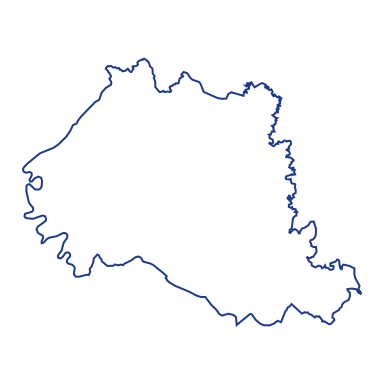 outline of Kham Khuean Kaeo, Yasothon, Thailand
{"feature_id": "78962969B10753248313683", "entity_name": "Kham Khuean Kaeo", "entity_type": "district", "adm_level": 2, "iso_a3": "THA", "parent_name": "Thailand", "parent_adm1": "Yasothon", "projection": "robinson", "projection_center": [104.4, 15.654], "detail": "fine", "context": "isolated", "style": "outline", "palette": "blue", "viewbox_px": 384, "rotation_deg": 0, "n_neighbors": 0, "source": "geoboundaries", "source_scale": "gbopen_adm2", "svg_char_len": 5901}
<svg xmlns="http://www.w3.org/2000/svg" viewBox="0 0 384 384"><path d="M269.9,90.2L267.9,88.9L268.0,87.9L268.6,87.7L268.3,86.8L267.4,86.5L266.4,87.7L266.0,85.8L265.3,86.4L265.6,84.8L262.5,83.1L260.5,83.7L254.6,87.3L251.2,82.2L250.4,82.7L250.2,84.9L249.1,84.4L248.8,83.4L247.2,83.2L247.0,85.5L245.3,85.5L246.6,86.6L249.0,85.4L249.0,88.7L245.7,89.8L245.6,90.7L246.7,91.8L246.8,92.7L245.8,92.5L244.9,91.0L244.0,91.8L243.5,95.8L231.4,92.3L228.3,94.0L226.3,98.6L221.9,98.8L217.5,98.0L203.7,91.9L200.4,83.5L199.1,82.0L192.4,79.7L190.7,78.2L187.0,73.1L183.7,72.0L181.4,74.5L181.6,75.3L182.7,75.6L183.0,76.5L179.9,78.3L178.3,83.4L175.8,83.3L175.3,84.3L173.6,84.5L171.8,86.2L170.4,86.3L169.6,87.3L170.5,90.0L171.1,90.3L170.9,91.6L169.7,92.1L167.7,91.5L164.6,92.1L163.4,90.8L161.7,91.8L159.5,92.0L155.3,87.0L155.3,81.7L153.7,77.7L154.7,76.3L152.7,73.5L152.5,68.7L150.1,66.4L148.5,61.9L144.5,58.7L143.8,58.6L142.5,59.9L141.8,59.5L138.3,61.4L137.4,62.5L138.0,64.6L136.2,66.1L132.7,66.3L132.6,67.6L133.6,68.5L131.3,72.1L129.8,71.4L127.8,68.7L125.5,70.7L122.4,71.3L121.3,70.0L119.5,69.5L119.5,68.6L118.8,68.0L117.2,68.4L115.3,67.2L113.4,67.6L111.0,65.9L108.8,66.4L107.9,66.0L106.3,67.4L105.8,68.9L107.9,70.7L108.2,72.0L109.2,72.7L111.0,76.0L110.9,76.9L109.4,78.6L111.2,82.0L111.3,83.4L110.7,85.0L105.9,87.8L101.7,92.6L99.2,99.8L95.3,101.9L80.9,116.7L77.8,120.9L76.8,123.4L72.9,125.2L70.1,131.1L66.1,136.9L58.2,144.6L53.5,147.8L40.0,153.3L28.2,162.9L24.3,166.8L23.0,168.9L23.4,171.2L24.7,172.3L26.2,172.7L29.9,172.0L31.6,173.1L31.8,175.2L29.4,180.0L30.1,181.6L31.8,181.5L34.8,178.2L38.4,176.6L41.0,177.7L42.1,180.7L41.6,186.7L40.1,188.8L38.6,189.6L35.1,189.4L29.5,184.2L27.7,184.5L26.6,185.7L26.3,190.9L28.6,201.3L29.5,203.4L33.0,207.8L33.3,209.4L32.8,210.9L31.6,211.9L25.0,213.8L24.5,216.2L25.2,217.4L26.6,218.2L33.3,218.8L42.5,215.5L45.0,216.2L46.0,218.6L45.8,220.9L37.9,226.5L36.5,229.4L38.0,232.9L42.8,235.8L43.2,237.7L41.6,241.4L41.7,243.2L43.6,242.7L46.6,239.3L49.1,237.7L56.4,236.3L63.4,232.9L65.5,233.2L66.9,234.4L67.4,235.4L67.0,238.0L63.6,242.9L61.7,250.4L58.3,254.9L57.9,256.9L58.5,258.0L60.2,258.5L62.5,257.1L65.7,252.7L67.9,252.3L69.4,253.2L70.2,254.8L70.1,256.3L67.0,260.0L66.8,261.9L67.9,263.4L72.3,264.8L74.0,266.3L74.7,268.2L73.9,274.2L75.7,276.7L79.3,276.7L86.4,274.8L88.9,274.9L90.2,271.8L89.7,268.9L91.6,266.5L93.2,262.4L93.9,258.4L97.4,254.5L98.7,255.1L100.0,257.9L101.6,259.5L101.8,261.2L107.2,265.9L112.9,265.9L114.9,264.5L118.4,265.3L120.4,264.6L123.2,265.1L123.9,264.0L131.4,260.3L135.7,257.1L138.6,256.5L140.8,257.6L143.1,261.6L150.5,263.6L153.1,264.9L163.1,272.9L166.7,276.2L165.6,277.9L166.7,278.9L166.7,279.9L169.5,282.5L175.3,285.9L190.0,292.1L196.2,295.5L201.0,297.0L205.3,297.0L211.4,305.0L216.7,310.1L219.3,314.0L222.1,315.6L228.4,313.7L233.6,315.0L236.0,317.1L236.7,325.0L249.9,314.1L250.9,314.0L252.0,314.6L255.6,319.8L260.4,323.8L263.7,325.2L269.6,325.4L274.2,323.4L277.5,320.8L281.0,322.2L285.4,311.2L286.6,310.1L287.6,307.5L289.6,306.4L291.5,304.1L301.9,313.6L304.5,312.2L305.9,312.7L307.5,312.3L308.8,313.8L311.7,315.0L314.8,317.5L316.3,316.1L318.8,316.8L319.4,316.4L322.4,320.5L322.1,321.1L322.6,321.6L324.3,321.4L329.4,324.3L330.8,323.9L334.3,320.4L334.2,318.9L332.4,317.6L332.6,314.9L333.3,313.3L338.9,310.0L339.5,308.6L341.7,306.9L342.0,305.0L343.4,302.8L348.8,299.7L349.9,296.1L349.8,292.7L347.5,290.2L347.4,289.1L351.9,288.5L356.4,289.3L358.2,292.4L360.5,293.9L361.0,292.9L358.3,289.0L359.6,286.0L355.2,278.0L354.3,273.8L354.4,268.4L349.1,265.8L343.3,264.6L341.9,266.6L341.9,269.0L341.3,269.3L340.0,267.7L339.1,260.8L338.1,259.6L337.1,259.6L335.6,261.6L330.3,263.4L330.5,266.0L333.0,265.8L333.7,266.4L333.4,268.6L332.4,269.6L329.8,269.7L328.1,268.0L325.8,267.7L325.0,265.4L323.7,267.3L322.1,268.3L320.6,266.0L318.4,265.7L315.4,267.4L311.8,265.6L311.6,263.0L309.1,261.3L307.0,257.5L307.4,257.1L308.7,258.0L310.4,258.1L311.8,256.9L313.2,256.9L316.6,251.7L315.9,246.9L313.6,247.1L311.3,245.9L311.3,243.9L310.1,241.7L310.5,240.3L312.9,239.5L314.9,237.4L315.8,234.5L316.0,228.8L313.8,221.6L310.6,221.7L308.1,225.5L304.3,227.9L302.2,228.4L300.4,230.8L299.6,233.4L298.7,233.3L297.5,230.7L294.8,229.0L293.2,229.8L290.3,232.9L289.4,232.6L289.8,229.7L291.7,228.6L293.0,218.2L294.9,216.1L296.4,215.6L296.3,213.5L297.4,212.1L296.8,211.6L294.9,211.8L295.9,210.3L295.8,209.4L294.5,208.9L292.5,209.3L292.1,207.0L290.4,207.7L288.8,206.9L288.9,204.7L291.4,203.9L291.7,202.9L287.5,198.2L289.1,195.6L290.1,196.1L289.7,197.6L291.1,199.7L291.6,199.5L291.8,198.0L294.0,197.3L292.9,194.6L295.7,192.8L295.6,189.3L294.9,187.5L295.3,184.6L294.7,183.9L292.0,183.5L291.2,182.4L290.6,178.9L289.3,179.5L286.8,179.2L285.9,178.8L285.6,177.7L286.3,176.4L291.1,174.6L291.7,175.1L292.3,174.3L293.5,174.8L295.1,174.4L294.1,172.2L294.8,170.0L293.6,169.4L293.6,167.8L292.8,167.7L292.1,169.7L291.5,168.5L289.1,167.3L289.8,166.1L289.7,164.9L291.5,163.5L291.3,162.1L293.3,161.1L293.6,160.1L290.8,157.7L286.2,157.0L286.8,155.3L288.7,155.3L289.9,153.9L289.1,151.2L286.6,150.1L287.1,149.2L289.1,148.7L288.7,146.9L290.9,144.4L290.9,141.9L290.1,140.9L287.9,140.9L286.6,141.6L285.4,140.7L283.6,140.7L282.7,142.3L281.0,142.5L278.7,141.4L277.7,142.7L278.2,143.7L276.0,144.0L273.7,146.3L269.3,143.5L269.6,142.8L271.7,143.5L273.2,142.6L272.6,139.6L269.6,138.1L269.5,136.0L270.2,135.1L269.3,134.6L271.0,134.2L271.7,131.6L274.5,131.5L273.3,129.2L273.7,128.0L272.0,125.8L274.3,125.4L274.4,124.1L275.6,123.8L275.8,122.1L275.4,121.0L276.5,120.4L275.7,119.3L277.2,118.1L275.6,117.8L272.4,115.2L274.5,114.2L275.5,112.5L277.9,112.4L278.0,110.3L276.9,110.6L276.6,109.3L278.5,108.8L277.3,107.5L277.5,107.0L280.2,106.0L279.6,104.8L278.5,106.1L277.7,104.9L280.1,103.3L279.6,101.7L280.5,101.0L280.4,99.9L281.4,98.3L280.4,97.6L279.4,98.9L279.4,96.6L278.7,96.5L278.2,97.3L276.8,97.0L274.6,94.4L274.1,94.6L274.1,96.0L273.5,96.1L271.7,93.6L272.6,91.8L272.0,90.4L271.2,89.4L269.9,90.2Z" fill="none" stroke="#1e3a8a" stroke-width="2"/></svg>